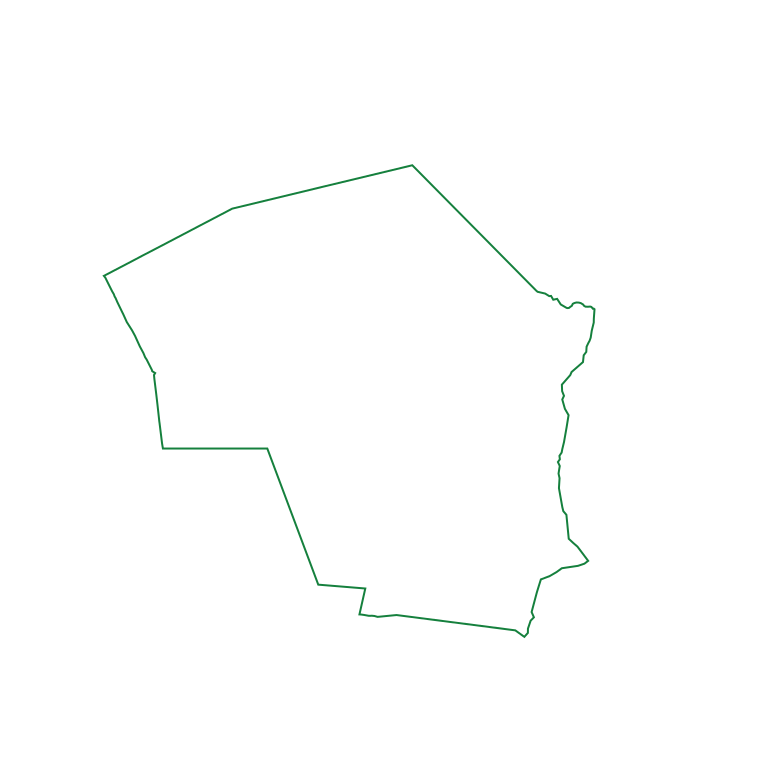 outline of Pinotepa de Don Luis, Oaxaca, Mexico, rotated 314°
{"feature_id": "50627088B98184745232294", "entity_name": "Pinotepa de Don Luis", "entity_type": "district", "adm_level": 2, "iso_a3": "MEX", "parent_name": "Mexico", "parent_adm1": "Oaxaca", "projection": "equal_earth", "projection_center": [-97.962, 16.403], "detail": "fine", "context": "isolated", "style": "outline", "palette": "green", "viewbox_px": 768, "rotation_deg": 314, "n_neighbors": 0, "source": "geoboundaries", "source_scale": "gbopen_adm2", "svg_char_len": 1774}
<svg xmlns="http://www.w3.org/2000/svg" viewBox="0 0 768 768"><g transform="rotate(314 384 384)"><path d="M267.2,107.4L266.9,109.7L264.9,115.3L261.8,124.1L260.9,127.3L259.8,129.5L259.4,131.1L257.7,135.2L253.6,146.4L253.2,147.6L249.9,155.9L247.6,165.4L245.5,172.0L245.3,172.4L241.4,182.3L239.2,189.2L239.1,189.5L237.3,193.6L236.7,196.3L232.9,207.2L232.2,208.4L232.9,211.8L230.7,212.3L228.3,215.1L218.5,227.2L211.6,235.6L202.8,246.2L201.2,248.1L199.8,249.9L191.8,259.8L187.1,265.6L186.8,266.0L184.0,269.8L256.5,344.9L194.0,476.1L223.9,512.6L201.2,526.4L202.3,527.7L204.1,530.2L206.7,534.1L209.0,536.4L210.5,538.3L212.0,541.1L213.6,542.5L226.5,553.5L298.0,649.6L299.6,660.6L304.9,660.4L308.0,657.5L315.6,653.9L320.3,653.9L322.5,648.6L332.2,643.2L340.3,638.7L346.4,635.6L352.4,632.6L360.9,636.6L368.7,638.8L375.0,639.9L388.0,649.9L394.0,653.0L398.6,653.7L401.4,636.2L401.1,630.3L401.0,624.4L416.6,606.1L417.1,601.3L419.3,597.8L430.6,582.2L438.2,575.7L440.8,571.8L443.9,569.6L447.1,567.4L448.7,563.3L452.0,562.8L454.2,560.1L458.1,559.4L461.0,557.5L467.3,553.8L479.6,545.5L489.8,538.4L491.8,531.4L496.7,523.0L500.5,521.7L502.6,517.1L507.1,512.4L519.8,511.8L522.9,510.6L538.0,511.9L543.4,507.7L547.6,507.2L551.6,503.8L555.8,502.4L557.8,501.9L560.9,500.5L566.7,496.4L573.9,492.2L576.7,489.6L584.0,483.5L583.9,482.4L583.3,482.1L583.5,479.6L582.9,478.5L581.2,477.0L579.6,475.2L579.2,473.5L579.5,472.1L578.9,469.4L577.9,467.6L576.3,465.8L574.5,464.7L572.8,464.1L570.7,464.8L568.9,464.4L567.2,464.2L566.1,463.3L565.6,462.5L564.0,455.9L565.5,449.4L562.2,447.2L563.3,443.3L563.4,443.0L562.0,441.8L561.0,437.1L557.0,430.4L556.9,428.7L561.0,252.4L483.4,203.0L404.7,153.0L370.6,141.7L323.2,126.0L308.6,121.1L300.9,118.6L267.2,107.4Z" fill="none" stroke="#15803d" stroke-width="2"/></g></svg>